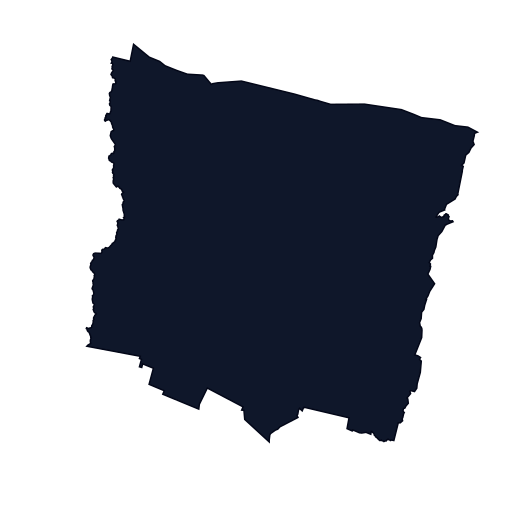 the district of Belgrano, San Luis, Argentina, rotated 14°
{"feature_id": "61730980B87239881423217", "entity_name": "Belgrano", "entity_type": "district", "adm_level": 2, "iso_a3": "ARG", "parent_name": "Argentina", "parent_adm1": "San Luis", "projection": "natural_earth1", "projection_center": [-66.853, -32.771], "detail": "fine", "context": "isolated", "style": "filled", "palette": "ink", "viewbox_px": 512, "rotation_deg": 14, "n_neighbors": 0, "source": "geoboundaries", "source_scale": "gbopen_adm2", "svg_char_len": 5987}
<svg xmlns="http://www.w3.org/2000/svg" viewBox="0 0 512 512"><g transform="rotate(14 256 256)"><path d="M113.7,384.5L168.0,381.3L167.7,383.7L169.9,384.0L169.7,391.7L172.1,391.8L172.1,388.1L183.6,389.7L183.3,406.4L199.6,408.9L199.0,412.7L237.5,418.4L236.9,413.6L240.7,395.9L279.9,405.5L279.4,409.0L281.6,408.6L284.6,417.3L313.8,433.2L313.3,431.1L312.7,426.3L312.9,425.3L313.4,424.4L317.0,420.2L319.0,418.8L320.5,416.0L335.8,402.5L334.2,400.6L334.7,399.8L334.8,399.2L334.5,395.4L335.0,393.3L338.3,395.1L338.8,391.5L339.7,391.4L339.8,391.1L385.4,390.5L386.1,401.5L391.7,402.5L391.9,402.4L391.7,401.4L391.9,401.3L399.1,402.5L401.4,402.2L405.4,400.5L410.5,401.2L410.2,398.2L411.2,398.2L411.7,398.9L413.1,399.5L413.7,400.2L414.0,401.1L415.1,401.6L415.8,402.5L417.8,403.3L418.2,403.7L420.7,405.1L421.6,404.8L422.2,404.3L423.0,404.8L424.4,404.7L425.0,405.1L425.9,404.3L427.1,403.9L427.1,403.0L427.8,402.7L428.3,401.8L428.9,401.8L429.4,402.2L430.9,402.1L431.0,402.5L431.3,402.5L431.8,401.8L434.4,401.7L434.4,383.4L436.3,383.0L438.1,380.4L437.2,378.7L437.5,377.1L437.4,373.7L437.7,371.9L437.0,371.8L436.1,370.7L436.0,368.3L437.2,367.6L437.8,365.2L439.4,362.1L437.9,358.0L436.8,357.3L439.3,352.1L438.0,350.1L438.8,349.2L442.6,349.2L444.0,345.4L443.3,341.0L443.6,329.2L441.8,318.0L439.5,316.7L440.2,314.7L437.3,313.7L434.0,313.5L436.5,295.1L435.0,287.8L434.4,286.2L433.5,285.0L432.4,284.5L430.8,281.0L431.4,276.8L430.3,270.5L431.8,267.2L431.6,262.8L432.0,256.8L431.3,256.7L432.5,253.1L433.1,248.3L436.0,239.7L427.1,232.0L428.1,226.9L428.0,223.8L427.3,223.8L427.2,221.5L425.6,220.5L426.3,217.6L427.8,215.5L427.0,212.5L427.8,209.6L427.7,207.7L428.3,203.8L427.6,196.3L427.8,192.2L430.4,187.3L432.2,180.1L432.8,179.9L432.9,179.5L438.9,175.1L438.1,174.3L436.3,175.0L434.5,174.6L434.1,174.2L433.6,172.8L433.8,171.1L432.9,170.6L432.7,169.7L430.4,169.0L430.0,169.1L429.6,170.0L428.7,170.8L428.6,171.2L428.9,172.0L428.7,172.6L428.2,172.6L426.3,173.8L424.2,172.8L423.6,173.6L422.9,174.2L422.0,174.7L421.3,174.6L422.1,171.7L422.9,169.7L423.4,169.0L427.9,165.7L427.7,165.5L427.7,164.4L428.3,159.8L435.4,152.5L435.7,150.8L436.4,148.9L437.2,147.7L436.8,147.1L436.6,143.5L435.7,124.0L435.4,122.6L435.4,118.9L433.5,118.2L435.3,115.4L435.1,107.4L437.5,104.0L438.5,99.2L440.7,95.1L438.7,92.2L438.7,86.5L438.4,84.5L438.9,83.7L440.9,82.3L430.4,79.7L417.5,81.4L401.8,79.3L383.0,81.7L374.7,80.4L361.7,78.8L324.6,82.4L291.7,90.8L281.0,90.4L278.1,90.1L275.2,90.3L254.2,89.6L199.5,89.8L177.0,97.2L172.2,99.3L171.2,100.4L170.9,100.5L170.3,99.5L169.3,99.0L161.8,93.5L160.4,93.4L145.4,96.2L134.1,95.1L121.7,93.4L115.4,90.5L104.3,88.9L86.0,80.2L86.8,97.5L68.9,97.6L68.9,98.3L68.0,100.5L68.5,100.9L69.3,102.4L68.9,103.9L70.0,103.8L70.3,104.0L70.8,105.1L70.5,106.9L71.1,107.5L70.8,108.2L70.9,109.1L71.1,109.5L72.3,110.0L72.6,110.6L71.5,113.6L71.6,114.3L71.4,114.6L71.4,115.0L72.9,116.1L73.7,117.7L74.2,117.7L74.6,117.3L75.2,117.7L76.4,117.9L77.0,119.6L76.9,120.1L77.9,120.8L77.9,121.7L78.3,122.1L78.3,122.5L77.9,123.0L76.0,123.5L75.6,123.8L75.7,125.7L76.0,128.0L75.9,129.0L76.2,130.0L75.7,131.7L75.3,132.3L74.7,132.7L74.4,133.7L75.3,136.0L76.3,136.9L76.4,140.7L76.9,140.8L77.3,141.6L77.3,143.2L77.0,143.8L77.7,145.1L79.3,146.0L80.2,150.5L79.9,151.5L79.9,152.8L79.5,153.6L77.0,153.7L76.8,154.1L76.7,155.7L76.3,155.8L76.3,156.5L76.8,157.4L76.2,158.1L76.5,158.9L75.9,160.4L76.0,160.3L76.2,160.9L76.8,161.5L77.3,161.6L78.1,160.4L78.8,160.2L79.7,159.4L81.4,159.7L83.5,161.4L83.8,162.4L85.4,164.4L85.6,165.4L86.3,166.4L87.4,167.5L87.4,168.9L86.6,169.1L85.4,170.4L85.5,174.5L87.0,176.8L87.9,177.7L92.3,181.5L92.7,182.3L92.0,184.1L92.7,185.2L93.5,188.1L92.9,189.0L93.2,190.4L92.8,191.1L92.3,190.9L91.3,191.3L90.7,192.1L90.7,193.1L90.0,193.8L89.9,194.3L89.2,194.6L89.3,196.7L90.0,197.5L90.2,198.3L91.0,198.9L91.8,198.9L93.1,199.8L94.6,199.9L95.7,200.5L96.0,201.0L95.9,202.6L96.5,204.5L96.3,205.9L95.8,206.7L96.0,207.7L96.5,207.9L96.5,209.6L97.1,210.0L97.1,210.4L98.5,211.2L98.3,211.8L98.3,212.5L98.6,213.0L98.7,213.5L98.4,214.3L99.0,214.8L98.9,215.3L99.3,216.0L99.2,217.3L99.5,217.7L99.4,218.6L100.0,220.0L103.8,222.8L105.2,221.5L105.9,222.2L106.5,222.1L107.4,223.2L109.4,223.8L110.7,225.6L111.8,225.9L112.2,226.3L111.9,226.8L111.5,226.9L110.8,228.1L110.7,228.8L112.1,230.5L112.1,230.9L112.9,231.5L113.2,232.5L114.5,233.7L114.8,234.4L114.0,236.0L114.6,236.9L114.5,237.2L114.1,237.7L113.8,238.5L115.6,242.4L115.9,243.7L118.1,247.3L118.4,248.7L118.9,249.3L118.8,249.9L118.1,250.7L118.3,251.0L119.1,251.0L119.0,252.8L117.1,253.5L114.3,253.4L114.1,254.4L113.1,255.2L112.9,255.8L112.9,256.2L113.8,256.9L114.0,257.5L114.0,259.9L115.0,261.0L115.3,261.9L115.8,262.6L116.0,263.4L115.5,263.7L115.3,264.5L115.7,265.3L115.1,266.7L115.2,267.4L115.9,268.7L115.4,269.7L115.3,270.3L115.5,272.1L116.1,272.8L115.9,273.3L116.1,273.8L115.6,274.8L115.6,276.1L114.3,277.9L113.5,278.6L113.4,279.8L112.6,280.9L111.6,283.0L110.2,284.2L107.9,284.3L107.3,285.8L106.9,286.2L105.6,286.6L105.0,287.5L105.2,288.5L105.7,289.4L105.1,290.9L99.2,292.1L97.9,293.0L97.6,294.2L97.8,295.0L99.1,296.2L99.3,297.4L99.1,299.0L98.3,299.8L98.3,301.1L97.8,301.8L97.5,302.7L97.4,303.5L98.0,304.4L97.7,306.0L97.9,307.5L99.3,309.4L100.2,309.6L101.3,310.8L103.4,312.0L104.1,313.2L103.7,314.2L104.1,314.8L104.3,317.4L103.5,319.5L103.9,320.5L104.4,321.0L104.6,322.3L105.1,322.8L105.1,324.5L104.8,327.1L105.1,327.7L106.0,328.3L106.4,328.9L107.7,331.4L107.7,333.2L106.9,334.1L107.4,335.2L107.5,337.3L107.8,338.2L109.2,341.1L110.7,341.8L111.0,342.4L110.4,344.8L111.3,345.9L111.0,346.9L111.0,347.5L111.6,348.0L112.3,349.3L113.3,350.1L114.7,350.4L115.1,350.8L113.9,352.6L113.8,353.9L113.4,354.6L113.4,355.7L114.2,356.6L113.7,357.4L113.6,358.4L114.0,359.0L114.1,361.6L113.5,363.4L113.8,365.1L113.4,365.5L112.2,366.0L111.3,366.8L109.0,366.6L108.9,367.5L109.7,367.8L110.4,369.2L111.4,370.0L112.5,370.4L115.3,374.4L115.4,375.2L115.9,375.5L115.6,377.8L115.9,378.2L115.9,378.9L116.2,379.7L116.8,380.5L116.7,380.9L114.4,383.2L113.7,384.5Z" fill="#0f172a" stroke="#020617" stroke-width="1.5"/></g></svg>